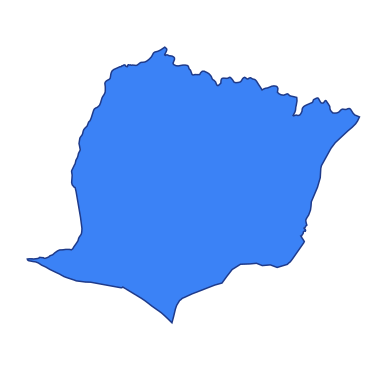 Sukhuma, Champasak, Laos, rotated 109°
{"feature_id": "54806243B81764189920693", "entity_name": "Sukhuma", "entity_type": "district", "adm_level": 2, "iso_a3": "LAO", "parent_name": "Laos", "parent_adm1": "Champasak", "projection": "albers", "projection_center": [105.623, 14.635], "detail": "fine", "context": "isolated", "style": "filled", "palette": "blue", "viewbox_px": 384, "rotation_deg": 109, "n_neighbors": 0, "source": "geoboundaries", "source_scale": "gbopen_adm2", "svg_char_len": 5442}
<svg xmlns="http://www.w3.org/2000/svg" viewBox="0 0 384 384"><g transform="rotate(109 192 192)"><path d="M66.5,58.1L66.3,60.8L66.2,63.1L65.1,65.3L62.3,68.8L61.8,69.9L61.9,70.6L62.4,71.6L63.6,72.9L64.1,74.0L64.6,76.6L65.4,77.6L66.5,78.2L68.3,79.0L69.2,79.7L70.2,81.0L71.0,82.9L71.4,84.7L69.9,87.4L68.5,88.6L66.3,89.6L65.8,90.1L64.4,91.8L62.1,94.9L62.0,95.4L62.8,96.1L64.1,96.4L65.0,96.8L65.5,97.6L65.7,98.9L64.9,100.1L62.3,103.0L62.2,103.4L62.3,104.2L63.2,105.3L64.9,106.9L65.5,107.2L67.3,107.1L68.3,107.5L69.1,108.4L72.1,111.7L73.6,113.2L74.9,114.2L76.6,114.8L77.7,114.8L79.8,114.3L82.0,114.5L83.8,115.0L84.7,115.8L85.2,116.8L85.3,118.5L86.9,120.8L86.8,121.3L84.5,121.0L82.8,120.7L80.8,120.8L78.0,121.5L75.9,121.7L71.7,122.4L69.0,123.5L68.5,123.8L68.8,127.3L69.1,129.4L69.1,131.1L68.2,132.9L68.1,133.6L68.3,134.1L70.6,136.8L71.1,139.4L70.8,141.7L69.9,143.7L66.3,144.4L65.5,145.0L65.1,145.5L64.7,146.0L64.6,147.0L65.0,149.1L66.0,151.0L67.5,152.7L69.0,154.4L70.0,156.3L71.1,157.6L72.7,159.0L71.2,160.8L68.5,164.3L66.2,167.1L65.4,168.6L65.2,169.6L65.4,171.6L64.9,173.8L65.6,175.0L66.3,175.5L67.0,176.0L67.1,177.1L66.6,178.4L66.4,179.5L67.2,180.4L68.3,181.0L70.2,181.4L71.4,181.7L72.3,182.3L73.0,183.3L73.5,184.2L74.4,186.2L74.5,187.8L74.1,188.5L72.7,190.2L71.6,192.1L71.2,193.1L71.4,194.0L72.0,194.4L72.6,195.0L73.2,196.0L73.8,198.3L74.2,199.6L74.8,200.5L75.7,200.9L76.9,200.9L78.9,200.4L79.8,200.2L81.1,200.9L82.4,201.6L83.0,202.1L83.0,202.9L82.0,204.1L80.3,205.5L79.2,207.6L79.1,208.5L78.5,209.7L76.7,211.2L75.9,212.2L75.5,212.9L74.7,214.4L74.5,215.1L74.1,217.1L74.0,218.6L73.8,219.5L74.1,220.7L74.5,221.6L75.4,222.1L76.3,222.6L77.8,222.9L78.5,223.0L79.3,225.2L80.0,227.5L80.8,228.6L81.0,229.3L80.9,230.1L79.8,231.1L77.9,232.6L77.2,233.3L76.7,234.5L75.9,235.3L75.1,235.8L74.2,236.6L73.9,237.6L74.2,239.8L74.9,241.8L76.1,244.0L77.3,246.1L77.8,248.2L77.6,250.2L77.1,251.3L76.3,251.9L75.1,251.8L74.2,251.8L72.6,251.7L71.7,251.9L70.9,252.3L70.3,253.3L70.0,255.0L70.2,256.4L70.6,258.0L70.4,259.3L70.4,260.1L71.0,261.4L71.5,261.7L71.2,262.5L70.3,262.5L67.7,262.1L66.8,262.1L65.8,262.1L64.9,262.6L64.4,263.6L63.9,264.9L67.5,267.6L68.3,268.3L69.3,269.3L69.9,269.9L70.3,270.5L70.8,271.2L71.3,272.0L71.7,272.6L72.0,272.9L72.6,273.3L73.0,273.6L73.5,273.7L74.3,273.9L75.3,274.0L76.5,274.2L77.4,274.4L78.2,274.7L79.0,275.1L80.0,275.5L81.6,276.5L82.5,277.1L83.4,277.8L84.0,278.5L84.5,279.0L84.8,279.6L85.3,280.6L85.6,281.3L85.9,282.1L86.1,282.4L86.3,282.7L86.4,282.8L87.3,283.5L88.3,284.1L89.2,284.7L89.9,285.2L90.2,285.6L90.4,285.9L90.6,286.3L90.8,287.3L91.1,288.6L91.4,289.8L91.8,290.3L91.9,290.6L91.9,290.9L91.9,291.2L91.8,291.4L91.9,291.6L92.2,292.0L92.3,292.4L92.3,292.7L92.3,293.4L92.4,293.6L93.0,294.0L93.4,294.1L93.5,294.0L93.7,293.9L94.0,293.8L94.4,293.9L94.6,294.0L94.7,294.4L94.7,295.3L94.6,295.5L94.5,295.8L94.3,296.1L94.2,296.2L93.9,296.5L93.7,296.8L93.8,297.1L93.9,297.5L94.1,297.7L94.3,298.0L94.5,298.1L94.7,298.3L95.0,298.4L95.1,298.6L95.3,298.8L95.4,299.0L95.5,299.3L95.9,299.6L96.4,299.7L96.6,299.9L97.0,300.9L101.6,305.8L103.3,306.9L105.0,307.2L107.1,307.1L109.7,306.6L111.2,306.4L112.5,307.0L113.7,308.2L115.0,309.2L116.5,309.8L117.8,309.7L120.6,308.3L123.4,307.3L125.9,306.6L128.3,306.8L130.9,307.5L132.4,307.7L135.6,307.6L137.8,307.5L140.2,307.7L142.8,309.1L143.7,310.2L145.2,311.3L146.0,311.5L147.3,311.6L151.2,311.5L154.9,311.4L157.7,311.6L159.5,312.5L162.6,312.6L163.5,312.6L164.3,312.9L165.3,313.4L166.7,314.1L168.2,314.6L169.8,314.7L172.4,314.4L173.8,314.5L175.4,315.0L177.0,315.5L178.1,315.5L183.0,314.6L184.8,313.5L188.3,311.5L189.1,311.4L192.4,311.9L195.0,311.6L196.0,311.6L196.9,311.6L199.7,312.1L200.7,312.0L203.3,311.7L205.0,312.0L207.6,312.3L211.0,312.7L211.9,312.5L215.1,310.8L218.0,310.0L222.2,308.9L224.2,307.6L225.8,305.0L225.8,304.0L229.4,301.7L252.2,289.2L262.3,284.2L264.3,283.6L266.5,283.1L268.1,283.0L270.2,283.6L271.7,284.0L273.0,284.1L275.0,283.9L276.9,284.3L279.1,284.9L282.1,285.8L284.6,286.3L286.0,287.3L286.1,288.9L287.3,292.5L288.8,295.5L289.9,298.3L291.5,300.0L294.0,301.8L296.7,303.3L298.6,305.6L299.7,306.1L300.3,306.6L301.3,307.7L302.5,309.2L302.8,310.1L302.7,310.6L302.5,311.1L302.8,312.2L302.9,312.5L303.0,313.0L303.0,313.3L303.2,313.9L303.3,314.6L303.6,315.0L304.3,315.2L305.1,316.2L307.0,320.1L307.2,321.3L307.6,322.5L308.1,324.0L309.0,325.9L309.6,325.5L309.9,325.0L310.1,324.4L310.1,323.7L309.8,321.9L309.5,319.6L309.0,317.2L309.1,314.2L310.1,310.4L310.5,306.4L310.6,305.6L311.5,301.2L311.9,297.8L312.3,294.5L312.7,290.5L313.2,288.0L313.5,286.1L313.6,285.9L313.7,283.6L313.7,280.9L313.6,274.7L313.7,272.5L313.3,270.6L311.8,263.4L310.3,258.6L305.7,228.2L305.4,227.2L304.4,226.5L308.5,207.5L309.0,205.2L310.2,200.8L313.0,192.6L316.1,181.9L316.5,180.9L317.8,177.8L319.2,174.7L322.2,168.4L316.3,168.8L307.9,169.6L304.2,169.6L298.6,168.4L297.6,167.6L295.7,166.6L293.7,164.4L288.4,158.9L272.6,140.2L268.3,134.0L260.4,131.6L252.2,128.8L244.5,122.6L241.2,114.0L238.4,107.8L238.7,101.6L235.4,94.2L235.6,86.9L229.4,78.3L227.6,77.4L226.3,76.5L224.7,75.9L222.2,75.1L203.6,69.8L202.2,69.7L198.2,74.8L197.6,74.0L196.4,73.9L195.2,73.4L193.5,73.7L192.3,73.0L192.2,72.1L191.3,72.1L190.4,72.8L190.1,74.0L189.6,74.3L188.5,73.5L186.8,73.2L185.9,72.6L184.5,73.7L182.3,75.0L181.1,75.3L179.0,75.0L175.7,74.2L170.5,74.1L166.5,74.9L162.4,76.0L146.6,74.9L136.7,75.4L127.8,77.9L124.9,78.2L105.4,74.8L98.7,72.6L83.6,64.6L78.6,61.6L74.3,59.5L71.0,58.6L66.5,58.1Z" fill="#3b82f6" stroke="#1e3a8a" stroke-width="1.5"/></g></svg>